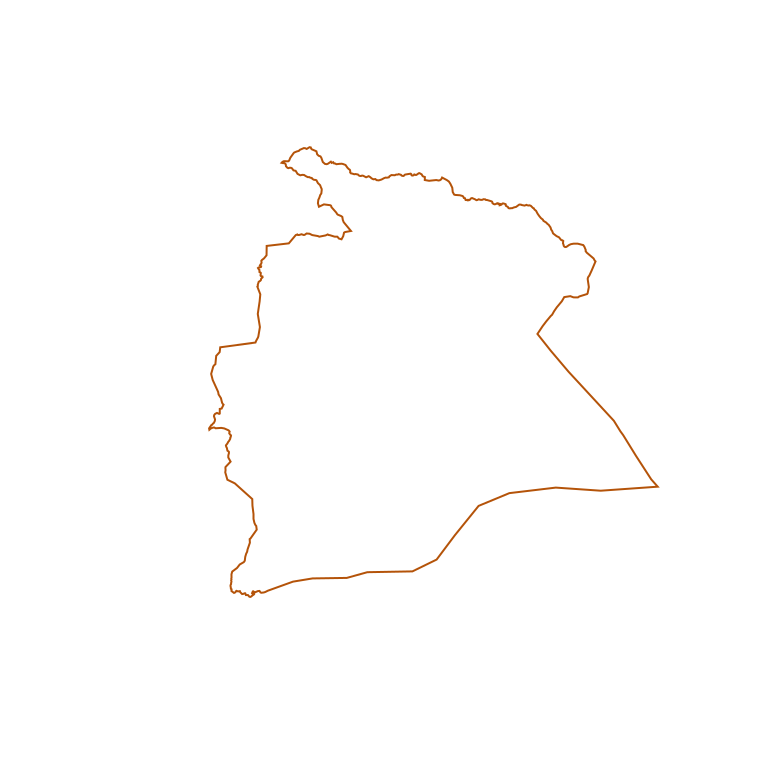 the district of Obuasi Municipal, Ashanti, Ghana, rotated 55°
{"feature_id": "2480657B43720081643569", "entity_name": "Obuasi Municipal", "entity_type": "district", "adm_level": 2, "iso_a3": "GHA", "parent_name": "Ghana", "parent_adm1": "Ashanti", "projection": "natural_earth1", "projection_center": [-1.716, 6.191], "detail": "fine", "context": "isolated", "style": "outline", "palette": "amber", "viewbox_px": 768, "rotation_deg": 55, "n_neighbors": 0, "source": "geoboundaries", "source_scale": "gbopen_adm2", "svg_char_len": 6153}
<svg xmlns="http://www.w3.org/2000/svg" viewBox="0 0 768 768"><g transform="rotate(55 384 384)"><path d="M625.1,218.7L615.4,219.8L587.4,218.8L563.1,217.4L558.4,217.5L546.0,216.8L479.7,225.8L452.6,228.3L431.0,229.6L427.6,220.9L425.8,215.3L423.9,208.3L423.7,206.6L421.9,202.8L420.3,198.5L418.2,190.8L416.2,186.5L418.9,181.0L421.7,179.1L424.3,175.5L424.3,173.8L426.8,166.0L426.5,165.2L422.1,160.6L415.3,157.2L414.3,156.5L413.4,155.1L413.0,153.7L410.2,148.9L404.9,140.4L403.7,140.6L401.4,140.3L392.6,142.6L390.7,142.6L390.0,141.9L386.3,141.1L384.5,141.1L380.2,144.8L377.9,148.0L376.7,150.6L376.3,152.5L376.3,156.0L375.7,157.1L374.8,157.5L373.8,157.5L372.8,157.0L371.4,156.7L369.6,155.1L368.5,155.5L368.2,156.0L367.5,156.3L364.2,156.5L361.9,157.8L358.1,159.0L357.4,159.1L355.2,158.5L353.4,158.5L351.3,157.8L348.0,157.8L346.6,158.3L344.9,158.5L341.8,159.8L340.4,159.6L338.1,160.3L335.5,160.5L332.5,160.5L329.4,160.1L327.2,160.7L326.0,160.5L325.3,161.0L322.3,161.5L321.1,162.3L320.8,163.1L319.7,164.2L319.0,164.5L318.5,166.5L316.2,168.7L315.8,168.8L314.9,169.8L314.6,170.5L314.7,174.2L313.8,176.5L313.5,178.2L312.8,179.1L312.4,180.1L311.4,181.1L309.9,181.0L308.1,181.9L307.6,181.9L306.7,181.2L306.2,181.4L304.6,182.6L304.1,183.4L304.4,184.6L304.3,185.7L304.0,186.5L303.1,185.6L302.9,185.8L302.6,186.9L301.8,187.3L301.5,186.9L301.0,187.3L300.8,187.8L300.7,189.3L300.3,190.3L299.4,191.0L298.0,191.4L297.3,191.0L296.6,190.9L295.7,191.4L292.3,194.1L291.8,194.9L290.9,195.1L289.7,196.5L289.4,198.1L288.4,199.4L287.0,200.5L286.8,202.1L286.4,202.9L284.9,203.5L282.2,205.2L281.9,206.0L281.9,206.7L282.3,207.7L282.3,208.6L281.7,209.1L281.8,209.9L281.6,210.1L280.9,210.2L280.7,210.9L280.1,211.6L278.3,211.1L277.4,211.9L276.1,211.6L275.1,211.8L272.9,213.6L269.9,217.3L269.0,217.9L266.2,217.6L262.4,215.5L258.1,214.8L255.4,214.7L252.9,215.6L248.2,218.0L248.9,219.2L249.2,220.3L249.1,221.5L248.6,222.6L246.9,224.2L243.4,230.5L240.3,233.6L237.9,231.8L236.4,232.9L235.5,233.1L233.9,232.9L231.6,234.0L231.3,234.6L231.3,237.4L231.1,238.0L229.7,239.0L230.0,239.8L229.8,240.8L229.4,241.4L228.8,241.7L227.7,241.3L227.0,241.5L224.6,246.5L224.5,247.1L224.8,248.1L224.7,248.8L223.9,249.7L223.2,250.1L222.4,250.1L220.5,251.6L220.4,252.5L219.4,254.0L219.2,255.4L217.1,258.1L217.0,260.4L217.5,261.5L217.3,261.9L216.7,263.2L215.8,264.4L215.4,266.0L215.1,268.7L214.2,271.5L212.7,273.2L211.2,273.5L210.2,275.3L208.5,276.2L206.7,276.6L205.0,277.3L204.4,280.1L201.5,281.6L200.7,282.4L200.4,283.6L199.5,284.6L198.7,285.0L197.4,285.2L195.6,287.0L195.1,288.1L193.2,289.5L192.6,290.2L191.3,290.4L190.4,289.6L188.9,289.1L187.7,289.6L185.9,289.9L182.5,289.9L180.3,291.4L179.4,292.2L178.4,293.7L176.6,297.0L175.4,297.5L174.7,298.4L173.2,298.4L172.9,300.0L171.4,300.0L171.4,303.7L171.1,304.8L169.9,306.1L167.1,306.8L162.8,305.6L161.1,305.5L159.6,306.6L157.5,307.0L154.6,305.9L150.2,308.6L149.2,308.6L148.2,308.3L147.3,309.2L147.1,312.5L145.7,313.3L144.8,314.3L143.9,318.6L144.2,320.1L143.5,322.0L142.9,324.7L143.0,325.5L144.9,330.9L146.6,333.6L146.6,334.8L144.1,338.1L143.8,339.7L144.1,341.0L145.2,340.0L145.7,339.2L146.4,338.7L147.7,338.5L149.4,339.4L151.5,339.1L152.3,338.6L152.8,337.1L153.7,336.1L154.4,335.7L157.1,335.6L158.7,334.1L162.3,334.3L165.0,332.9L165.8,331.0L166.9,329.6L168.9,328.8L170.8,327.8L171.7,326.5L172.7,326.1L173.8,325.0L175.0,325.0L176.6,324.2L177.7,322.9L178.4,322.5L181.5,322.9L184.5,322.3L186.8,322.9L188.2,323.1L189.2,323.6L192.0,326.1L192.6,327.8L194.3,330.1L195.5,332.2L198.1,334.5L201.5,335.6L202.4,330.2L206.6,325.6L207.3,325.2L208.0,325.2L209.0,325.6L216.1,324.8L218.1,324.9L218.8,324.7L221.8,322.8L223.2,322.3L225.9,323.6L228.3,324.2L239.7,323.3L237.2,328.7L237.1,329.9L239.5,332.6L241.1,335.8L239.0,337.5L236.6,337.7L234.9,340.0L230.9,343.1L230.2,343.9L229.2,344.3L228.8,346.6L226.2,352.5L224.9,353.3L220.8,357.4L218.2,358.8L216.3,361.1L216.3,363.5L215.9,364.3L214.0,365.7L213.2,368.2L212.5,369.1L211.8,369.2L211.4,370.9L214.2,381.3L203.6,400.9L211.2,406.4L212.3,410.3L212.4,412.8L212.7,413.8L214.4,414.7L215.2,416.0L215.2,416.5L215.7,417.6L217.1,417.1L217.6,417.8L216.6,420.0L216.7,420.7L218.4,420.8L219.0,420.6L220.9,421.8L221.7,421.3L222.4,421.2L224.3,422.9L224.9,422.9L226.2,421.9L227.0,422.3L227.2,424.1L228.3,425.3L228.5,426.2L228.4,428.0L230.4,430.6L231.4,431.1L231.6,431.9L239.6,433.9L245.0,438.5L254.2,447.2L266.2,453.0L273.0,459.7L273.7,460.7L275.2,463.8L276.3,465.5L260.0,497.1L263.6,500.3L264.7,505.3L271.1,510.8L271.2,512.3L271.7,513.8L276.6,519.8L282.4,522.0L295.3,524.4L297.7,525.5L302.1,525.7L306.5,527.4L308.0,527.5L308.9,527.3L311.0,531.1L310.2,532.8L314.0,535.5L313.9,536.2L311.9,537.4L311.6,539.5L312.1,541.0L312.9,541.8L316.1,542.7L317.3,543.9L318.3,545.7L318.3,546.9L318.8,548.1L318.6,548.9L319.7,551.9L320.0,552.7L321.3,553.3L321.1,551.4L321.4,549.9L321.8,548.8L322.3,548.0L323.7,547.3L326.6,542.5L328.8,540.3L332.8,537.9L334.4,537.7L335.5,539.0L337.1,539.1L338.3,538.8L339.4,539.8L339.7,540.6L340.6,541.3L341.7,543.4L342.1,544.9L342.9,546.4L343.6,548.7L344.8,549.2L346.3,549.4L348.8,550.5L350.1,550.0L350.7,550.0L351.7,550.7L353.2,552.5L354.9,553.7L359.6,554.2L361.1,561.4L361.7,562.0L363.7,563.2L365.3,564.7L372.6,567.2L379.8,563.2L402.7,557.9L408.3,561.6L415.7,565.5L419.7,568.3L423.4,569.8L425.5,570.2L427.0,570.1L430.3,571.8L434.0,582.1L434.0,583.0L437.1,584.9L441.3,590.7L442.9,592.3L444.0,594.3L446.0,596.8L448.9,599.4L449.5,601.0L449.1,605.7L450.4,609.9L450.6,615.9L452.4,618.1L455.2,620.0L455.8,620.7L456.7,621.1L457.1,621.8L458.4,622.3L459.4,623.5L460.1,623.9L460.7,625.0L461.4,625.6L462.4,626.0L464.0,626.9L464.7,626.6L466.1,627.7L469.1,626.7L469.4,625.2L468.8,623.9L468.8,623.5L470.2,622.5L471.0,620.9L471.9,621.2L474.7,620.7L475.1,619.9L475.6,618.0L475.9,617.7L477.7,618.2L478.9,616.5L481.0,616.3L481.7,615.7L481.9,614.8L481.7,612.5L481.8,611.7L481.6,610.8L481.3,610.6L480.3,612.0L479.7,612.1L478.7,610.5L478.7,610.1L480.1,609.5L480.7,608.9L481.3,606.1L482.1,604.7L483.9,604.7L484.6,604.3L485.8,602.1L486.3,600.5L486.7,597.7L493.7,571.9L502.3,554.0L521.5,525.7L528.6,505.6L553.8,468.2L558.0,441.6L548.5,412.6L538.1,376.4L545.3,343.9L567.4,302.7L595.7,267.7L625.1,218.7Z" fill="none" stroke="#b45309" stroke-width="2"/></g></svg>